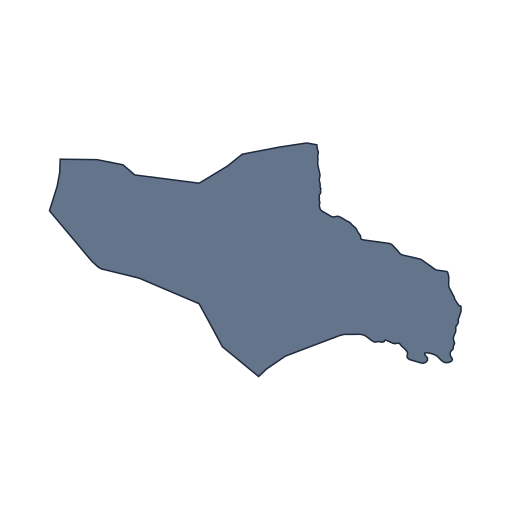 the border of Southern Darfur, rotated 278°
{"feature_id": "SDN-5856", "entity_name": "Southern Darfur", "entity_type": "State", "adm_level": 1, "iso_a3": "SDN", "parent_name": "Sudan", "parent_adm1": "", "projection": "robinson", "projection_center": [24.503, 10.891], "detail": "fine", "context": "isolated", "style": "filled", "palette": "slate", "viewbox_px": 512, "rotation_deg": 278, "n_neighbors": 0, "source": "natural_earth", "source_scale": "10m", "svg_char_len": 2553}
<svg xmlns="http://www.w3.org/2000/svg" viewBox="0 0 512 512"><g transform="rotate(278 256 256)"><path d="M189.1,394.9L188.5,393.7L188.2,392.8L188.3,389.8L188.2,388.5L187.3,386.2L187.3,385.1L188.3,382.4L191.4,377.0L192.6,374.2L193.0,370.5L190.6,354.0L188.8,349.8L174.9,324.4L160.9,299.0L145.7,282.3L137.0,275.4L161.5,235.3L183.1,219.5L200.8,206.3L217.8,143.2L221.4,107.9L221.6,104.9L223.1,101.2L228.0,94.1L272.0,45.2L297.5,49.4L311.5,50.0L324.6,48.6L329.3,85.3L327.8,111.6L319.4,124.7L320.2,189.6L341.0,215.1L354.9,228.2L367.2,264.2L375.0,290.5L374.6,300.8L373.7,300.9L370.0,302.1L368.2,303.0L367.5,303.3L366.8,303.3L363.4,303.2L363.0,303.3L361.6,303.7L359.7,304.0L357.0,304.1L356.5,304.2L352.9,305.2L346.7,307.6L345.4,308.0L344.5,308.2L341.1,308.0L340.1,308.1L339.1,308.3L337.9,308.8L337.1,309.2L336.2,309.5L335.2,309.7L334.7,309.7L333.7,309.8L333.3,309.9L331.7,310.8L331.3,310.9L330.8,310.9L329.9,310.7L329.4,310.8L328.6,311.1L328.1,311.2L327.6,311.2L327.1,311.1L326.7,310.9L325.8,310.5L325.3,310.3L324.3,310.2L323.8,310.2L323.2,310.4L322.4,310.7L321.9,310.8L320.9,310.7L320.4,310.7L318.4,311.6L317.4,311.8L315.3,311.6L314.4,311.8L313.1,312.3L311.8,312.8L311.3,313.0L310.7,313.6L309.9,314.7L305.7,324.9L305.5,326.0L305.4,326.8L305.6,327.8L305.7,328.3L306.4,330.1L306.7,331.1L306.7,331.6L306.7,332.2L306.6,332.8L305.7,335.6L303.5,340.7L303.0,342.3L302.3,344.1L301.6,345.2L300.4,346.5L298.1,350.0L297.0,351.4L294.1,353.4L291.2,356.1L290.5,356.6L289.8,356.9L288.9,357.1L288.1,357.2L287.8,357.3L287.5,357.7L287.2,358.3L286.9,360.2L287.0,385.6L286.9,386.7L286.3,388.9L281.1,395.4L278.7,397.9L278.0,399.1L277.4,400.8L275.8,419.0L275.7,419.5L275.4,420.4L267.8,435.0L267.3,436.4L267.2,437.0L267.2,447.2L266.7,447.8L265.9,448.4L261.8,449.9L254.2,450.8L252.2,451.3L243.1,457.8L240.5,459.1L235.7,463.3L235.2,464.1L235.0,465.4L234.6,466.0L229.9,466.8L221.1,465.1L218.8,465.6L217.1,465.3L213.8,463.7L209.1,464.3L203.8,462.9L200.9,463.0L198.3,464.4L196.9,464.8L194.2,464.0L191.5,464.1L190.4,463.6L189.2,462.6L187.9,461.9L186.4,461.8L184.9,462.1L183.7,462.9L181.7,464.6L180.5,464.9L178.8,464.0L177.5,461.9L176.8,459.4L176.9,457.1L178.0,454.6L181.4,450.2L182.9,447.5L183.9,442.1L184.0,438.8L183.4,436.7L181.9,436.7L178.8,440.1L176.5,440.3L174.3,438.9L173.2,436.9L173.0,434.6L174.8,422.4L175.2,421.7L176.2,420.1L177.5,419.5L180.2,419.7L181.6,419.4L182.5,418.7L184.4,416.6L187.6,412.0L188.7,411.0L189.5,409.9L189.3,408.5L188.5,405.6L188.6,403.9L190.7,396.5L190.7,395.8L190.2,395.1L189.7,394.8L189.1,394.9Z" fill="#64748b" stroke="#1e293b" stroke-width="1.5"/></g></svg>